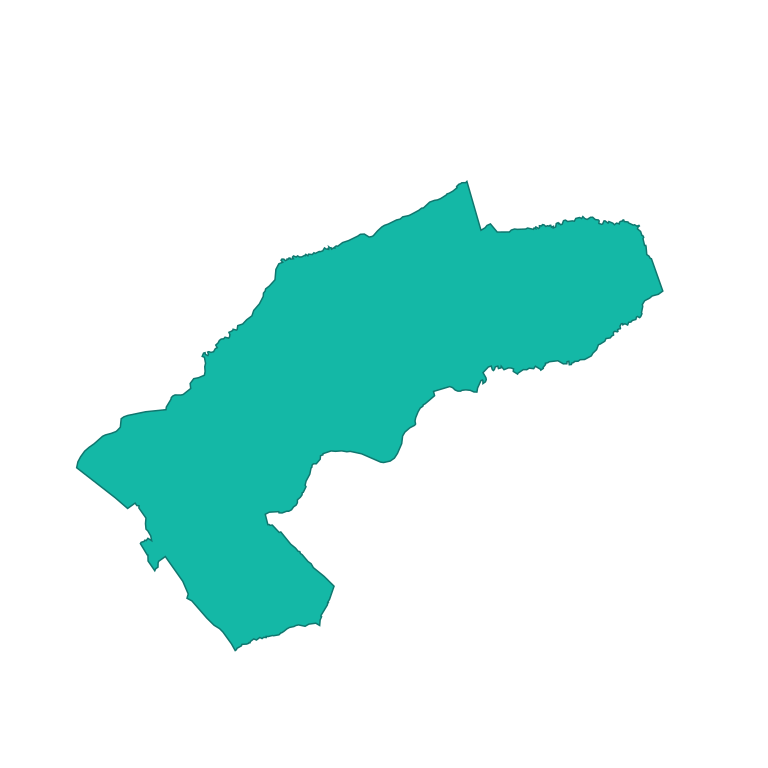 outline of Beleti-Negresti, Arges, Romania, rotated 55°
{"feature_id": "2599482B55152385179350", "entity_name": "Beleti-Negresti", "entity_type": "district", "adm_level": 2, "iso_a3": "ROU", "parent_name": "Romania", "parent_adm1": "Arges", "projection": "orthographic", "projection_center": [25.074, 44.954], "detail": "fine", "context": "isolated", "style": "filled", "palette": "teal", "viewbox_px": 768, "rotation_deg": 55, "n_neighbors": 0, "source": "geoboundaries", "source_scale": "gbopen_adm2", "svg_char_len": 6142}
<svg xmlns="http://www.w3.org/2000/svg" viewBox="0 0 768 768"><g transform="rotate(55 384 384)"><path d="M517.0,658.8L517.0,657.3L516.2,656.1L516.7,651.0L515.8,649.7L518.3,645.6L518.8,643.6L518.4,642.9L519.1,642.2L518.3,641.0L518.1,636.9L520.6,635.3L520.4,631.1L522.6,629.9L522.5,627.9L524.1,625.9L523.2,625.3L524.4,623.8L526.0,619.7L526.9,618.8L529.2,613.9L528.7,611.0L529.1,610.6L529.2,607.9L528.9,604.0L529.2,601.1L531.0,596.9L531.3,594.7L532.3,592.2L537.2,587.6L537.6,583.3L540.8,577.1L544.9,575.2L540.7,571.7L538.8,568.6L538.0,568.9L537.4,568.2L532.5,557.1L531.4,556.1L531.2,555.1L530.6,555.4L529.2,552.2L521.0,540.9L507.3,543.4L493.9,547.2L489.4,546.8L485.8,548.1L476.9,548.9L474.9,549.7L473.0,549.1L471.8,550.3L467.7,550.6L461.7,552.3L446.0,553.4L445.5,555.0L435.5,556.4L434.3,558.5L433.2,558.7L432.6,559.8L422.6,556.0L423.2,551.5L428.2,543.4L429.3,543.9L431.2,541.4L432.4,536.7L433.6,535.0L434.0,531.9L432.8,528.6L432.8,525.4L431.6,523.1L429.2,521.3L428.8,517.5L427.8,514.7L426.2,513.4L426.4,512.2L423.4,506.8L421.7,506.7L418.9,503.6L415.3,496.5L411.0,492.0L410.8,490.8L409.2,489.5L408.9,487.6L410.5,485.2L410.2,484.1L409.0,479.4L406.3,477.1L407.0,474.7L406.1,473.9L408.5,465.7L411.3,462.4L414.5,457.0L418.2,453.3L419.8,450.3L428.3,442.4L446.0,431.6L448.1,429.4L450.7,423.1L450.7,418.0L448.6,412.8L443.0,403.7L437.3,398.6L435.4,394.5L434.7,388.0L435.4,382.6L434.9,381.1L432.1,379.8L429.8,377.4L426.3,372.0L424.5,368.1L424.5,364.9L423.5,363.7L423.8,361.6L422.6,349.3L418.5,347.7L423.8,331.6L426.3,329.9L429.7,329.2L432.2,327.6L433.8,325.3L433.9,323.7L435.7,320.4L438.6,317.0L442.1,314.9L443.9,312.5L441.0,309.7L436.8,302.6L437.2,301.0L437.7,300.9L440.4,302.7L440.4,299.7L439.1,297.7L437.3,296.9L431.5,296.4L429.9,288.7L430.8,285.9L434.3,287.0L435.7,286.7L435.5,285.3L433.8,283.0L434.6,280.5L437.0,281.4L437.9,278.9L436.7,277.8L441.1,277.5L442.2,272.8L443.8,270.7L445.9,269.2L447.8,270.9L452.5,268.9L452.0,268.0L452.1,261.7L454.2,258.8L454.3,256.0L457.3,252.6L456.3,249.8L461.7,247.4L462.6,247.6L462.6,244.6L461.8,244.3L460.7,240.5L459.6,239.9L460.5,237.7L460.6,235.8L464.7,228.2L470.3,225.6L472.3,222.6L470.7,221.2L471.4,219.6L474.5,221.2L475.5,219.3L474.6,218.3L475.2,216.1L474.7,215.1L476.7,211.9L476.6,209.4L479.0,205.6L479.9,198.0L478.6,195.3L477.8,190.2L474.8,185.8L475.3,184.0L475.6,178.6L474.1,176.1L476.0,172.2L475.3,169.8L475.6,167.9L473.6,166.8L473.1,165.7L473.2,164.8L475.1,162.9L475.1,162.2L473.5,161.5L473.6,159.9L474.3,158.9L474.1,158.4L471.9,157.5L470.8,155.1L471.4,153.9L472.5,154.4L472.8,152.1L475.4,150.6L473.8,148.2L474.9,146.2L474.4,144.1L475.6,140.7L474.0,138.8L474.1,137.6L476.3,136.5L476.0,135.0L474.4,132.4L473.3,132.2L468.9,127.6L467.1,126.8L465.3,122.7L466.0,117.0L465.7,113.8L467.9,107.8L467.8,102.3L434.8,93.1L433.7,93.8L431.2,93.6L428.7,94.5L421.7,90.5L420.6,90.1L420.0,91.1L413.5,88.5L412.8,87.1L410.9,86.9L410.2,87.5L406.2,86.3L402.3,87.4L401.1,85.8L401.0,84.2L400.3,84.2L399.7,86.3L397.3,87.4L396.8,88.7L392.3,91.3L391.2,91.2L388.8,94.0L387.1,93.6L386.7,94.6L387.2,95.4L386.4,97.2L386.6,98.3L387.8,99.4L385.6,101.2L385.7,103.9L383.5,104.3L379.9,106.6L380.7,108.2L377.1,109.4L376.6,110.3L378.3,113.1L378.0,114.2L375.7,115.9L373.8,114.2L372.6,114.3L370.5,116.6L367.1,117.4L365.9,119.2L365.7,123.2L363.7,124.6L360.9,125.1L361.8,127.2L359.8,128.3L358.4,131.9L359.8,134.7L358.4,136.2L356.2,140.4L353.9,141.3L353.3,142.7L353.3,143.5L355.3,146.3L354.9,147.9L352.3,148.5L352.7,149.1L351.5,149.5L351.4,150.9L353.8,153.3L353.3,155.8L352.0,154.8L351.6,156.9L349.6,156.4L349.1,157.6L349.4,158.3L348.1,159.4L347.8,161.1L345.3,161.7L344.3,162.8L344.9,164.2L343.5,165.9L345.0,166.8L345.3,168.2L342.4,169.5L342.8,170.7L343.6,170.8L342.3,171.7L343.0,172.9L338.6,176.9L338.3,179.1L333.8,186.1L331.9,188.2L330.9,191.4L331.4,194.1L324.5,204.1L313.9,205.0L313.2,208.7L314.0,211.5L313.7,216.4L265.6,199.9L265.9,201.6L263.8,204.8L263.8,206.6L263.3,207.9L263.8,211.2L265.1,211.6L265.5,217.0L265.1,221.2L264.4,223.4L264.9,224.6L264.6,231.2L263.9,234.5L262.5,237.4L261.2,242.3L262.4,250.7L261.5,252.4L261.7,255.8L260.6,265.1L260.2,267.2L257.8,272.8L258.2,276.2L256.8,279.6L255.4,288.8L254.3,292.6L254.1,295.7L254.9,301.5L256.4,307.6L256.3,309.1L255.1,311.9L249.9,314.1L247.8,317.5L247.8,320.6L246.2,330.8L244.4,336.8L244.6,342.9L243.5,344.0L243.6,346.3L244.3,346.3L243.5,347.7L243.5,349.5L242.0,349.2L241.5,350.1L240.2,350.5L240.9,350.7L240.8,351.9L241.9,352.2L240.2,354.0L238.4,354.7L239.8,357.8L238.9,360.7L238.3,361.0L237.6,365.5L236.3,366.1L236.8,368.5L234.4,371.3L235.3,372.8L233.0,373.7L233.6,374.8L233.2,374.9L232.7,378.5L231.5,380.4L229.5,381.3L229.6,383.1L227.2,384.7L227.6,386.3L229.4,386.4L228.1,388.9L227.1,388.7L226.3,389.5L226.9,390.5L226.0,391.7L226.7,392.5L226.3,394.1L224.3,394.4L223.1,396.0L223.6,397.4L226.2,397.2L225.2,401.2L228.1,406.8L236.1,413.5L238.0,421.9L238.2,426.4L239.7,428.1L240.4,430.6L243.0,432.7L246.9,440.1L249.0,448.5L252.4,453.1L252.6,459.6L253.8,465.4L252.3,470.3L255.2,473.1L255.2,474.0L252.6,476.2L253.2,476.9L253.3,478.5L252.7,481.4L255.2,481.9L256.9,483.6L257.3,485.0L254.5,487.4L255.0,489.4L253.8,491.6L253.9,493.9L255.2,496.4L255.6,499.5L258.6,499.8L258.3,501.9L259.8,505.1L258.9,507.6L257.0,509.0L256.7,510.1L258.9,510.7L259.7,512.0L257.4,513.3L255.7,512.6L255.2,514.1L257.1,517.1L259.1,515.8L264.7,518.3L267.0,520.9L271.2,523.4L273.8,526.1L272.4,532.5L270.5,536.8L272.4,542.5L276.8,544.9L277.4,554.5L276.6,556.6L273.1,561.5L272.7,563.8L273.1,566.0L274.4,567.4L278.0,575.5L280.0,577.3L270.0,595.2L262.8,611.9L261.7,615.9L261.7,619.2L268.2,624.8L269.1,629.3L269.2,630.9L268.0,635.7L265.9,641.5L265.4,644.5L266.7,655.9L266.7,661.7L267.3,667.7L269.6,674.3L272.2,679.4L276.3,683.8L323.1,669.4L338.9,665.4L338.8,656.2L341.8,656.2L343.2,654.5L345.0,655.9L357.3,655.9L361.6,659.5L366.4,662.2L368.8,661.7L374.6,662.2L379.1,664.2L375.0,665.9L375.9,668.6L374.8,669.4L375.3,670.8L374.4,673.7L375.0,675.1L388.3,676.0L388.7,675.5L393.7,678.8L405.5,678.9L404.4,677.0L404.4,674.2L400.9,671.6L400.0,670.3L399.9,662.1L430.2,662.0L443.7,664.8L446.5,668.3L451.4,665.8L474.1,663.4L484.1,661.6L490.1,659.0L494.9,658.2L509.3,658.0L517.0,658.8Z" fill="#14b8a6" stroke="#0f766e" stroke-width="1.5"/></g></svg>